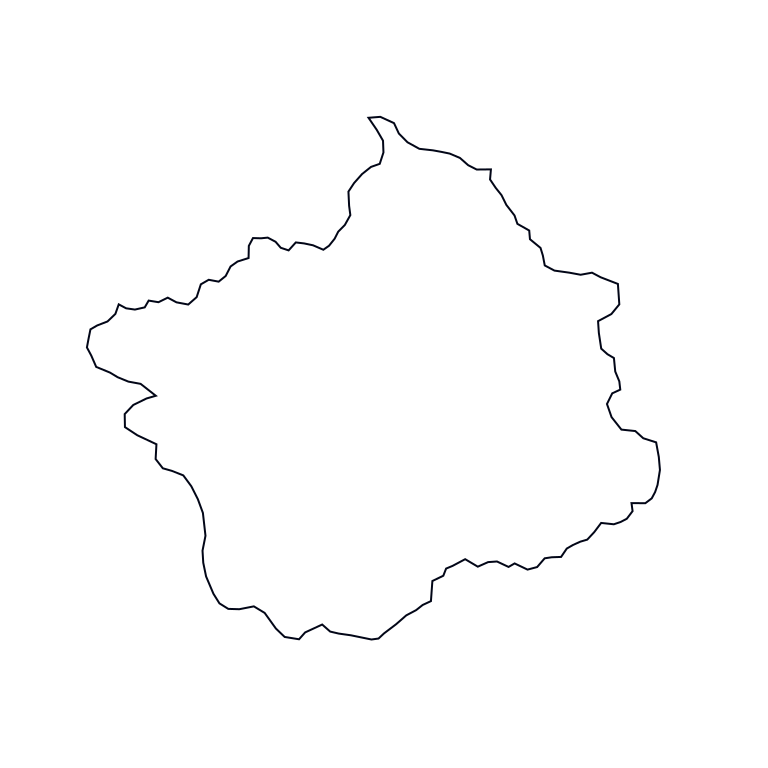 the district of Tejupá, São Paulo, Brazil, rotated 150°
{"feature_id": "56859067B53062032582919", "entity_name": "Tejupá", "entity_type": "district", "adm_level": 2, "iso_a3": "BRA", "parent_name": "Brazil", "parent_adm1": "São Paulo", "projection": "natural_earth1", "projection_center": [-49.31, -23.348], "detail": "fine", "context": "isolated", "style": "outline", "palette": "ink", "viewbox_px": 768, "rotation_deg": 150, "n_neighbors": 0, "source": "geoboundaries", "source_scale": "gbopen_adm2", "svg_char_len": 2266}
<svg xmlns="http://www.w3.org/2000/svg" viewBox="0 0 768 768"><g transform="rotate(150 384 384)"><path d="M184.1,516.4L196.5,523.4L201.7,531.4L205.2,541.8L211.9,550.7L218.2,556.3L224.8,561.9L235.8,570.0L242.8,581.6L245.9,593.5L244.9,604.9L253.6,617.2L264.3,622.3L263.2,607.8L263.2,595.2L268.7,584.8L277.6,576.8L286.7,578.5L298.0,576.8L309.4,573.0L318.6,568.4L325.1,555.8L328.7,547.1L338.4,541.3L347.5,538.8L354.1,534.5L362.5,531.2L369.4,530.6L376.1,539.6L382.9,545.7L389.6,550.7L399.8,547.4L405.3,553.6L406.8,561.4L411.5,568.9L417.7,571.7L424.5,575.9L432.0,571.2L438.3,560.8L449.6,563.3L458.1,562.5L467.1,556.7L476.0,555.3L483.7,561.9L492.8,561.9L502.8,552.9L513.8,550.7L522.9,558.5L528.1,566.9L538.4,567.6L546.1,573.9L552.9,570.0L562.5,573.0L569.5,578.5L573.9,585.6L581.6,579.0L592.2,576.4L603.1,578.1L610.9,578.1L617.0,571.2L623.0,564.2L623.3,555.0L624.7,542.7L615.6,530.9L611.3,523.1L604.2,513.9L594.7,505.8L587.5,487.9L596.9,490.2L611.6,491.2L623.6,487.6L629.9,476.2L623.3,463.0L611.2,445.6L619.3,433.2L617.7,421.6L611.2,414.9L603.5,405.2L602.0,391.8L602.8,377.3L605.3,362.9L614.5,341.8L624.5,330.4L629.9,319.6L634.3,306.3L636.6,287.6L636.2,276.3L631.3,267.1L621.9,261.3L607.9,256.5L601.8,245.4L599.9,226.3L596.5,214.6L585.2,205.4L576.5,208.3L557.8,206.6L554.4,196.5L548.0,190.5L538.4,183.0L522.6,169.0L516.0,166.3L508.7,168.0L493.6,169.9L480.4,172.5L469.2,172.1L461.0,173.3L451.9,172.5L446.3,180.8L440.6,189.2L428.5,188.3L422.5,193.1L415.6,192.2L401.3,191.7L394.1,178.9L382.9,177.7L374.9,173.8L367.6,163.3L360.6,163.3L352.5,151.5L342.9,148.9L332.0,152.7L325.4,150.1L317.1,145.7L308.0,150.1L300.8,150.1L292.8,149.3L285.8,147.6L276.0,150.6L265.4,155.1L255.1,147.6L248.1,146.2L241.1,145.9L232.3,149.6L229.2,157.1L217.3,150.1L209.3,151.1L203.2,154.9L197.6,159.8L188.0,171.6L182.5,183.4L177.5,197.4L186.6,207.4L189.9,217.6L201.2,225.8L203.5,241.5L200.9,255.2L191.0,261.8L182.2,261.0L178.9,268.6L177.5,279.2L171.9,291.5L175.6,298.1L178.2,306.0L172.4,320.8L167.2,331.4L152.1,330.9L140.4,335.3L131.4,353.7L143.0,368.1L148.2,376.4L159.1,380.3L167.9,387.8L179.7,397.0L185.5,406.3L182.2,415.8L180.4,423.6L185.2,436.4L181.5,444.3L188.4,456.0L186.7,464.7L188.5,477.9L187.8,488.8L189.2,498.0L189.9,508.1L184.1,516.4Z" fill="none" stroke="#020617" stroke-width="2"/></g></svg>